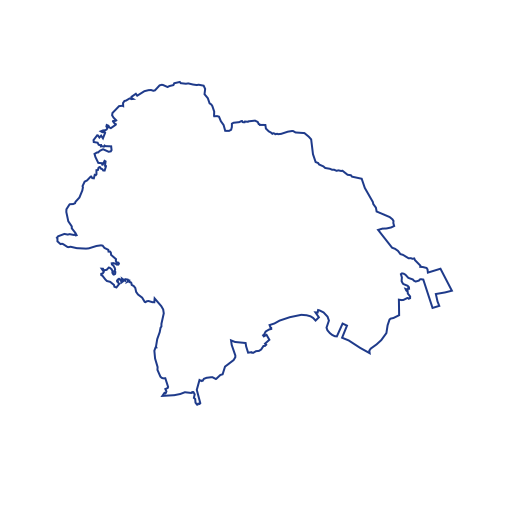 RUS, Salaj, Romania (Mercator projection), rotated 101°
{"feature_id": "2599482B70770862505186", "entity_name": "RUS", "entity_type": "district", "adm_level": 2, "iso_a3": "ROU", "parent_name": "Romania", "parent_adm1": "Salaj", "projection": "mercator", "projection_center": [23.568, 47.278], "detail": "fine", "context": "isolated", "style": "outline", "palette": "blue", "viewbox_px": 512, "rotation_deg": 101, "n_neighbors": 0, "source": "geoboundaries", "source_scale": "gbopen_adm2", "svg_char_len": 6131}
<svg xmlns="http://www.w3.org/2000/svg" viewBox="0 0 512 512"><g transform="rotate(101 256 256)"><path d="M276.1,454.9L276.5,454.3L279.5,453.7L281.6,450.2L281.0,448.7L281.2,447.5L283.1,442.8L283.1,441.8L282.3,439.8L282.5,433.5L281.2,424.3L280.4,421.6L276.6,414.5L275.1,410.2L275.1,408.5L277.0,406.3L278.1,402.2L279.8,401.6L279.5,400.1L280.3,399.2L282.6,398.4L285.8,392.8L287.5,392.7L288.9,391.6L288.8,389.8L289.7,389.1L290.7,389.5L291.0,391.1L290.5,391.9L290.2,394.7L290.7,396.2L291.8,395.8L292.7,394.1L294.8,392.3L296.2,391.7L297.4,392.0L298.0,391.4L298.4,391.8L299.2,390.9L300.5,390.9L301.4,392.0L301.2,392.7L299.8,393.3L299.8,393.8L298.2,394.0L296.6,395.2L295.5,397.2L295.4,398.3L298.1,400.0L299.1,402.7L297.7,403.8L297.9,405.1L300.6,402.4L302.3,403.1L303.0,404.5L304.2,404.3L304.8,402.8L307.8,399.4L309.0,397.6L309.2,394.2L311.5,389.9L313.2,389.1L313.5,387.0L309.4,384.9L308.4,386.3L307.0,386.8L307.3,387.5L306.6,387.7L305.2,386.9L304.5,386.1L304.9,384.6L305.5,384.5L305.4,383.9L307.8,383.1L306.2,381.7L303.9,382.9L305.3,379.8L303.7,379.8L303.6,377.3L304.1,376.8L305.8,377.3L304.4,375.6L305.8,375.1L305.7,374.0L306.3,373.2L308.1,372.5L308.8,370.3L310.4,368.4L314.1,366.8L316.3,364.5L318.6,359.8L322.3,356.5L322.4,355.6L321.4,354.8L320.7,353.0L321.1,348.9L320.8,347.0L317.0,347.4L323.3,339.4L326.2,336.9L329.9,335.6L340.6,335.9L343.3,335.4L344.6,336.0L349.2,336.0L356.4,337.1L364.1,336.9L364.8,336.4L365.1,337.2L368.4,337.7L375.9,335.5L383.8,331.4L386.6,331.0L392.7,326.8L393.6,325.3L393.8,323.7L393.3,321.7L401.3,317.3L402.4,317.5L403.9,319.6L406.0,318.1L407.7,318.4L408.1,318.7L407.8,319.7L411.2,321.2L408.2,309.6L405.9,304.0L403.3,299.8L402.8,293.5L402.5,292.7L401.7,292.6L401.5,291.5L403.5,289.8L407.1,289.9L408.0,288.4L411.5,287.4L413.2,285.5L413.1,285.0L411.9,284.5L412.0,283.2L411.1,282.6L398.7,288.6L388.5,287.8L389.1,285.9L388.7,285.7L388.7,284.6L386.5,283.7L385.0,281.3L383.7,277.3L383.3,275.7L384.4,271.9L384.2,271.6L379.6,268.3L378.5,266.2L370.5,265.3L362.4,258.1L359.3,257.0L357.6,257.3L347.9,262.9L343.6,264.4L344.4,260.2L343.4,249.6L346.7,248.4L352.4,245.3L351.3,242.1L351.7,241.9L351.6,240.3L349.4,237.8L348.6,235.0L346.8,233.1L342.9,231.5L342.6,230.1L341.2,229.1L340.3,230.4L335.7,226.9L331.4,230.6L333.4,233.0L332.5,233.9L331.7,233.1L328.3,232.1L325.7,229.2L324.7,227.1L323.6,227.4L323.5,228.1L321.2,229.5L318.7,225.0L314.9,220.5L309.6,211.1L305.1,200.3L304.5,195.0L304.8,191.0L305.9,188.1L308.0,185.2L304.2,182.6L300.0,186.9L299.7,184.7L297.2,184.7L297.3,183.2L298.5,178.9L301.9,174.2L305.5,172.1L312.9,173.1L315.3,171.7L317.6,168.8L318.9,166.3L319.7,163.4L319.5,161.3L305.8,158.1L307.0,153.4L319.8,155.9L321.2,148.9L326.3,136.3L329.7,125.9L327.3,126.7L325.0,125.7L319.8,120.8L314.7,117.0L306.8,113.3L298.9,113.6L292.9,112.8L291.8,111.9L290.6,109.2L286.8,104.2L271.6,107.4L271.5,104.6L271.0,102.9L268.4,99.5L268.3,98.8L268.8,97.9L268.0,96.7L266.3,97.0L263.9,99.8L262.1,100.3L261.2,101.9L259.8,102.9L260.1,100.6L258.6,100.5L258.7,99.6L257.5,99.9L256.3,101.5L255.4,106.1L254.2,107.3L252.8,108.3L249.2,108.7L246.2,110.3L245.6,109.8L245.2,109.4L245.2,107.6L245.9,105.7L248.4,102.3L249.1,97.6L250.1,96.3L250.6,94.4L249.1,91.4L247.8,90.7L247.3,89.7L247.2,87.3L273.3,72.8L270.0,66.6L265.9,69.2L259.0,72.2L255.7,63.5L252.7,57.1L233.3,72.5L239.5,84.1L236.4,85.1L235.2,86.3L235.0,90.1L235.3,92.7L234.1,92.8L229.7,99.2L228.2,100.2L228.9,101.9L228.6,103.5L229.1,105.8L226.8,112.1L226.6,114.6L223.9,117.6L222.4,120.9L221.9,124.0L207.1,141.1L205.0,137.1L204.1,133.2L202.2,128.8L200.2,126.1L197.4,127.5L195.4,127.7L194.0,129.0L192.3,132.1L189.3,146.1L185.7,147.5L182.6,150.8L180.7,151.6L168.4,162.2L160.0,167.0L159.8,176.9L158.6,178.3L158.8,181.6L155.8,187.4L156.3,188.6L156.2,191.4L157.0,193.2L156.4,195.9L156.8,197.8L156.3,200.1L156.4,204.9L155.2,206.9L154.1,211.6L152.9,212.7L152.4,215.4L145.2,219.5L131.0,224.1L128.8,227.0L126.1,231.9L127.2,240.8L126.3,243.3L126.4,244.4L127.9,248.5L131.3,254.6L132.2,257.5L132.0,258.6L132.8,260.3L132.3,261.1L132.2,262.6L132.9,263.3L132.0,264.8L131.2,267.3L129.0,270.6L125.6,271.8L126.6,277.3L126.0,277.7L126.0,278.5L124.1,279.9L123.3,282.8L125.3,289.2L125.8,289.5L126.1,292.5L126.9,292.7L127.1,293.6L127.1,294.7L126.2,295.4L126.3,296.0L127.8,298.0L129.5,303.5L130.7,304.9L134.0,304.3L136.8,304.5L138.3,306.3L139.0,310.1L133.6,312.8L130.4,316.2L126.3,318.9L126.1,320.8L126.8,323.7L126.5,323.9L122.2,324.6L117.1,327.5L115.8,328.8L115.0,330.7L110.3,333.4L107.0,337.4L101.7,337.8L98.8,339.9L98.8,344.9L99.5,346.8L99.7,350.6L99.5,355.4L100.3,357.7L100.7,362.9L99.7,364.0L102.0,369.2L104.0,369.7L105.7,373.4L107.0,375.1L105.9,379.8L105.9,381.1L106.9,383.2L112.7,386.8L113.4,388.3L113.1,390.7L113.7,393.1L115.5,397.0L121.3,403.2L119.7,404.9L123.5,408.6L124.7,408.4L125.3,406.7L125.8,408.4L125.3,409.4L125.5,410.2L128.3,413.3L128.9,414.7L131.2,415.7L134.2,415.0L134.0,415.8L135.0,419.0L143.0,424.2L145.3,424.1L147.3,422.3L149.5,419.1L150.1,419.6L150.7,422.0L151.1,422.1L152.8,420.2L153.4,418.7L154.0,418.8L158.2,422.9L157.6,425.1L157.3,424.9L156.3,425.7L155.9,427.5L157.4,427.6L157.9,427.1L157.6,426.4L158.3,426.2L160.2,426.7L161.3,427.9L161.9,430.1L163.2,432.1L163.8,430.4L163.3,428.2L163.8,427.6L169.7,428.7L167.4,431.0L169.6,432.3L167.8,434.2L167.8,434.9L173.2,437.6L175.1,437.0L175.0,433.1L176.8,431.7L177.0,430.4L176.7,429.3L178.0,429.1L177.6,427.9L177.7,426.2L176.5,425.7L176.9,424.9L176.0,419.1L179.6,418.0L181.0,418.5L181.8,420.5L180.4,426.5L182.3,429.1L184.6,430.9L184.6,431.7L186.6,434.0L189.5,432.5L194.7,428.6L194.3,425.0L195.7,424.3L195.6,423.9L191.5,422.8L191.9,421.7L195.8,421.5L196.5,421.2L196.4,420.5L196.8,420.4L201.0,420.9L201.2,422.3L200.1,423.4L199.9,424.8L198.6,426.0L198.6,426.7L199.7,427.5L201.6,427.5L202.2,429.0L206.3,428.2L207.2,428.7L207.1,429.8L210.7,430.0L210.8,431.6L209.4,432.9L209.6,433.4L214.1,436.3L215.7,438.4L220.5,439.6L221.6,439.0L224.8,439.0L232.3,440.5L237.2,443.5L238.7,443.7L239.9,445.4L240.7,448.6L241.2,449.0L246.3,451.0L249.0,450.6L257.7,446.9L262.1,442.5L264.0,442.1L267.9,437.6L269.8,436.1L270.2,436.9L269.5,438.0L270.1,438.7L270.1,443.1L270.9,444.9L270.9,448.3L274.4,454.0L276.1,454.9Z" fill="none" stroke="#1e3a8a" stroke-width="2"/></g></svg>